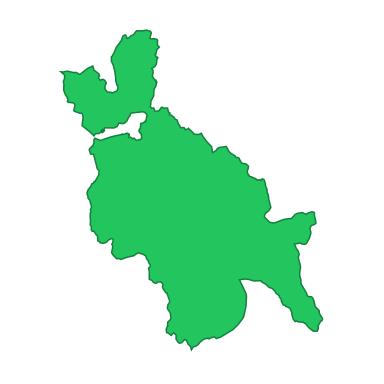 outline of Solok, Sumatera Barat, Indonesia, rotated 5°
{"feature_id": "22746128B59065860162276", "entity_name": "Solok", "entity_type": "district", "adm_level": 2, "iso_a3": "IDN", "parent_name": "Indonesia", "parent_adm1": "Sumatera Barat", "projection": "natural_earth1", "projection_center": [100.733, -0.928], "detail": "fine", "context": "isolated", "style": "filled", "palette": "green", "viewbox_px": 384, "rotation_deg": 5, "n_neighbors": 0, "source": "geoboundaries", "source_scale": "gbopen_adm2", "svg_char_len": 5965}
<svg xmlns="http://www.w3.org/2000/svg" viewBox="0 0 384 384"><g transform="rotate(5 192 192)"><path d="M82.2,75.1L77.1,78.1L70.2,84.5L69.0,84.5L66.5,83.0L63.2,83.3L58.0,82.5L56.6,82.6L53.2,83.7L50.9,83.7L54.9,86.6L55.1,90.0L54.2,93.2L55.1,96.4L55.2,101.5L57.4,106.2L59.2,108.3L60.5,111.1L59.9,112.6L60.8,113.5L65.9,113.5L67.4,114.7L67.9,115.6L67.1,121.1L67.9,121.9L73.8,123.4L75.3,123.1L76.0,123.7L77.0,127.0L76.7,135.5L85.0,141.0L89.4,144.6L90.4,142.7L92.0,142.1L93.8,142.0L95.3,141.0L96.9,137.7L97.6,137.4L98.0,137.6L98.0,138.0L96.9,139.9L96.9,140.5L97.4,140.8L99.4,138.7L99.0,136.7L99.6,135.7L108.7,135.0L111.8,133.2L113.1,129.8L117.2,130.0L118.6,128.8L119.0,129.1L121.0,126.8L122.5,122.7L123.5,121.8L123.6,120.5L124.5,118.7L135.7,116.4L137.6,116.7L139.1,117.6L140.1,118.5L140.5,119.6L139.8,124.8L139.4,125.2L139.6,125.9L139.1,125.8L136.8,127.8L135.2,128.0L134.8,128.5L135.1,130.1L135.0,133.1L134.1,134.1L133.8,136.1L135.1,137.3L135.2,137.9L136.3,138.4L136.8,139.3L136.5,139.7L137.2,142.6L136.8,143.0L137.0,143.4L135.7,144.3L132.6,145.3L130.9,144.7L129.8,143.4L128.3,144.1L126.0,142.7L124.1,143.0L124.0,141.5L124.6,140.9L124.3,140.4L124.5,139.9L122.2,139.0L118.5,140.8L117.4,140.2L116.9,140.8L107.1,143.9L96.3,148.6L90.6,146.9L89.8,148.1L90.0,151.9L89.3,154.2L88.3,155.4L89.9,155.3L88.4,155.4L86.3,157.8L85.9,158.8L87.5,162.7L88.1,163.2L90.2,162.7L90.7,163.1L95.7,177.3L97.2,178.3L97.6,179.6L97.6,183.1L95.1,188.6L94.3,190.3L93.7,190.1L92.5,192.3L91.5,192.5L90.9,194.7L88.2,199.1L87.6,201.4L87.8,203.8L88.5,204.6L89.1,207.5L90.9,209.1L92.1,212.7L92.7,213.6L93.2,216.0L92.4,218.5L93.0,220.8L92.5,222.0L92.7,225.1L93.5,230.7L93.4,233.6L94.7,235.1L95.0,238.6L95.7,239.6L98.1,240.0L100.2,242.9L101.6,243.7L102.4,248.9L104.9,250.1L104.8,250.5L107.4,250.9L108.7,250.7L111.2,249.4L113.0,247.1L116.3,245.3L116.9,245.5L117.6,246.2L117.5,248.9L116.7,251.0L117.7,252.9L117.8,254.0L117.2,259.4L118.5,261.3L122.6,265.0L125.4,264.8L127.0,265.4L132.7,262.8L139.7,260.5L142.0,258.4L144.6,257.2L146.0,257.9L148.1,258.1L151.4,259.6L152.7,262.7L154.5,264.5L154.9,266.0L156.9,268.3L156.8,269.8L155.3,271.7L156.4,274.9L157.0,282.6L159.8,283.6L161.4,285.3L163.5,286.2L164.4,286.0L166.3,284.4L169.1,284.5L170.0,285.1L171.1,286.3L170.8,289.2L171.4,290.5L174.6,294.5L175.8,294.9L179.1,302.2L179.3,303.8L177.9,306.2L177.5,309.4L177.8,310.5L180.9,314.3L182.0,319.0L181.6,321.0L179.3,323.6L179.1,325.5L179.5,327.2L178.2,331.2L178.9,334.1L179.3,334.5L179.9,334.2L183.8,336.7L186.0,333.8L188.7,335.9L188.9,339.9L191.7,343.3L193.1,343.7L195.0,342.9L197.5,339.7L199.3,340.2L201.5,344.1L203.8,345.9L205.2,349.3L206.8,346.1L209.3,345.2L211.3,343.6L213.5,340.4L216.6,337.6L220.0,336.4L222.2,336.8L222.8,336.0L226.2,334.5L227.7,334.7L228.9,335.9L233.2,334.0L244.8,325.5L249.4,320.1L252.9,314.7L254.3,311.8L254.8,308.5L255.7,301.7L255.4,291.2L254.7,288.5L246.9,275.3L252.4,274.1L255.9,274.1L261.4,275.2L268.4,274.4L269.3,275.5L273.4,277.4L277.1,280.3L280.4,281.1L283.3,283.6L284.6,285.6L288.0,287.7L288.2,288.9L290.3,291.3L290.5,293.0L292.7,296.5L294.5,296.8L295.4,297.7L299.6,299.2L301.7,302.9L302.4,306.0L303.9,309.7L306.0,312.1L306.9,311.3L309.0,312.1L314.2,312.0L315.3,312.9L316.6,313.2L320.1,316.9L324.9,320.1L329.0,319.6L329.7,317.2L329.3,314.2L331.5,309.6L332.7,308.8L333.1,307.9L333.0,306.6L329.5,301.9L329.0,299.1L325.1,295.8L324.4,294.5L323.0,290.0L321.2,286.7L320.1,286.0L316.7,285.9L315.9,285.2L314.9,282.7L309.2,274.8L308.5,273.3L308.1,269.8L306.7,266.3L306.3,263.1L306.7,258.0L306.4,256.0L303.5,247.9L304.2,244.7L302.9,241.6L300.9,239.2L298.5,235.0L304.3,233.4L306.2,234.3L308.7,234.3L309.6,234.0L310.9,232.5L312.9,228.0L314.0,222.8L313.7,221.0L312.7,218.8L313.2,216.0L314.3,214.8L317.2,213.4L318.2,212.2L317.2,208.1L316.1,205.3L315.7,201.9L315.1,201.4L312.9,201.3L308.8,203.2L307.7,204.4L303.8,202.9L299.5,203.9L296.9,205.2L293.1,210.0L291.0,210.0L285.7,211.4L276.7,215.7L272.2,215.5L267.3,211.5L266.3,210.2L266.3,208.8L267.1,206.8L270.3,203.9L270.8,202.1L271.1,202.2L271.9,200.5L268.8,191.7L268.9,190.3L268.4,190.0L268.0,188.4L268.8,188.5L267.9,187.9L266.6,184.7L266.5,182.8L264.5,179.0L264.5,177.5L263.4,175.4L263.4,174.5L262.3,173.1L260.8,172.8L260.6,173.5L259.5,173.6L259.3,174.4L257.5,174.0L255.5,174.4L254.4,173.3L253.6,173.3L253.3,172.8L250.7,172.4L250.7,172.0L247.8,171.3L247.3,170.2L246.6,170.0L245.2,167.1L246.0,163.0L246.0,161.6L245.4,160.7L243.2,159.3L238.9,158.9L237.6,156.8L236.9,156.6L236.9,155.8L236.3,155.1L236.2,154.4L234.8,153.6L233.0,153.7L232.0,153.0L231.8,152.3L227.1,149.9L225.1,148.2L222.2,143.7L215.5,145.2L213.6,146.4L212.4,148.5L209.3,150.9L208.7,150.1L207.7,145.3L202.2,140.4L198.2,135.9L196.2,132.7L193.4,134.2L190.0,134.2L188.7,134.0L188.1,133.0L182.9,128.9L182.4,129.6L180.3,130.4L179.6,130.3L179.3,129.3L178.2,128.5L175.1,129.0L173.8,126.7L172.8,125.8L170.8,121.5L169.0,121.0L167.4,118.9L166.3,118.6L165.0,117.2L162.8,117.2L163.1,115.2L162.5,115.2L161.3,114.1L161.4,113.1L160.7,112.0L160.4,110.5L156.1,110.9L155.3,110.2L154.1,110.4L152.0,113.9L149.2,114.7L147.8,114.4L146.6,111.7L144.6,112.0L142.9,110.6L143.3,108.4L143.1,105.3L145.5,99.5L145.2,95.1L145.4,92.5L146.6,90.2L147.3,85.7L147.8,85.2L146.5,85.6L146.4,83.8L145.6,83.7L143.9,82.2L142.4,80.1L142.9,76.2L142.5,74.0L141.1,72.4L144.1,70.2L145.4,67.6L145.4,63.5L146.3,61.1L145.4,60.5L144.8,60.6L143.3,58.6L144.0,57.7L144.6,53.2L146.8,50.5L144.7,48.6L144.5,44.0L143.8,43.0L140.5,42.5L138.2,43.1L136.6,42.6L137.5,37.7L137.5,36.8L136.7,35.6L132.6,34.7L128.2,35.8L122.6,36.3L120.1,40.4L117.6,41.6L115.7,43.9L114.0,44.7L112.3,41.4L111.2,41.5L109.5,42.8L108.6,46.9L103.9,54.6L102.3,59.8L100.5,63.9L99.9,64.3L100.3,68.7L102.7,73.0L104.5,78.2L106.2,85.8L106.3,87.9L107.9,92.2L108.8,92.6L109.3,95.2L108.4,97.8L104.0,100.3L102.9,99.8L99.0,99.7L96.6,97.3L96.0,95.9L96.3,95.1L95.9,94.0L97.1,91.3L96.4,89.7L95.1,88.2L93.8,87.6L92.4,87.7L91.0,88.7L90.3,88.2L89.0,86.3L89.3,84.7L89.8,84.5L88.8,82.3L83.7,79.1L83.0,77.1L82.2,76.5L82.6,76.2L82.2,75.1Z" fill="#22c55e" stroke="#15803d" stroke-width="1.5"/></g></svg>